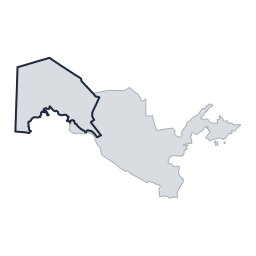 Karakalpakstan on a map of Uzbekistan (orthographic projection)
{"feature_id": "UZB-356", "entity_name": "Karakalpakstan", "entity_type": "Automonous Region", "adm_level": 1, "iso_a3": "UZB", "parent_name": "Uzbekistan", "parent_adm1": "", "projection": "orthographic", "projection_center": [58.854, 43.272], "detail": "fine", "context": "in_parent", "style": "outline", "palette": "slate", "viewbox_px": 256, "rotation_deg": 0, "n_neighbors": 0, "source": "natural_earth", "source_scale": "10m", "svg_char_len": 7143}
<svg xmlns="http://www.w3.org/2000/svg" viewBox="0 0 256 256"><path d="M206.1,106.4L209.9,103.8L212.3,104.9L212.7,105.6L210.4,107.4L208.3,108.6L207.8,110.5L205.8,111.7L203.9,114.6L200.7,117.8L200.7,118.3L201.1,118.7L202.3,118.9L204.8,120.0L206.9,118.9L207.5,119.0L208.2,119.7L209.2,122.0L210.3,122.5L213.7,123.3L216.1,123.0L217.4,123.3L217.5,123.0L217.2,119.4L218.3,119.9L219.3,119.3L219.5,117.4L219.1,116.3L219.8,115.5L220.3,115.9L220.5,116.9L221.8,117.5L222.9,119.1L223.4,121.1L225.7,121.2L226.5,120.7L227.2,120.8L227.8,123.3L228.2,123.5L230.1,122.7L232.1,123.4L234.3,125.0L236.6,124.8L237.1,125.1L238.6,124.5L240.5,124.7L240.6,125.0L240.4,125.5L236.4,128.6L235.5,130.4L234.6,131.1L231.8,130.6L231.5,131.7L232.2,132.6L231.7,133.8L230.3,133.6L229.9,133.1L228.7,133.6L227.4,135.6L226.8,137.1L225.5,137.8L223.7,139.5L222.7,138.5L221.3,138.9L219.3,138.0L218.3,137.9L210.0,140.7L209.3,140.5L208.1,138.8L205.9,138.0L205.8,137.1L209.7,132.5L210.0,131.2L208.4,130.7L208.5,129.6L205.3,126.8L204.8,126.7L204.4,126.9L203.7,129.4L196.7,134.5L195.5,134.2L193.6,132.9L192.5,132.5L191.3,134.0L191.5,135.5L190.2,136.9L192.0,140.9L191.9,141.4L191.0,141.7L191.9,143.2L191.3,143.4L187.6,143.3L183.5,144.7L183.6,145.4L187.4,144.8L188.0,145.0L188.1,145.5L187.9,145.9L186.0,146.5L185.8,147.2L187.1,148.9L186.7,149.3L185.9,149.1L185.5,150.3L184.2,150.4L183.9,154.1L183.0,155.4L181.6,156.2L172.4,155.6L170.1,156.9L168.7,158.7L168.1,162.7L168.2,163.1L172.2,164.2L173.1,166.5L177.8,166.2L178.7,166.5L179.1,167.0L179.4,167.7L178.4,171.7L179.3,175.0L180.2,176.5L183.3,179.1L183.4,180.8L182.9,182.3L182.2,183.7L181.4,184.3L180.4,186.1L179.6,188.2L177.8,191.0L177.3,192.5L177.4,196.7L177.0,198.1L176.9,197.6L176.1,197.2L174.0,197.3L173.5,196.8L170.9,198.0L169.1,197.8L167.2,196.2L163.9,195.9L159.7,196.7L159.2,192.4L159.1,189.1L160.3,186.4L160.2,186.0L159.4,185.1L156.9,184.7L153.7,182.9L150.9,181.8L149.3,181.5L147.6,182.4L146.0,182.3L138.3,177.7L131.9,174.3L127.4,170.8L125.4,171.3L119.8,168.0L116.1,164.4L104.2,156.6L101.9,154.7L101.3,153.6L100.2,148.5L99.1,146.2L97.6,144.9L96.2,142.5L94.1,136.5L93.4,135.4L89.9,133.0L88.0,132.4L86.6,132.9L85.8,133.9L84.7,134.0L79.7,133.1L74.3,133.7L69.4,130.7L69.1,130.2L69.1,129.3L70.0,127.3L69.8,126.4L69.2,125.4L69.2,124.4L69.6,123.8L70.5,124.0L70.8,123.6L70.7,123.0L69.5,121.8L67.4,120.7L67.8,119.9L67.8,117.9L68.1,116.8L67.9,116.5L66.2,115.0L60.9,115.0L59.7,114.6L58.7,114.0L57.7,111.8L57.1,111.3L53.5,110.4L49.8,106.6L49.1,108.3L48.3,108.7L45.5,108.2L44.1,109.2L47.6,113.1L48.3,114.3L48.3,115.0L47.3,115.1L46.4,113.3L45.8,112.7L42.5,111.7L41.4,112.9L41.1,114.3L39.7,116.9L38.0,117.3L34.1,117.4L32.9,117.9L32.1,118.6L30.5,120.8L28.5,122.5L29.1,129.6L30.4,131.4L29.0,132.9L15.4,131.5L17.5,67.2L36.2,61.7L49.5,58.0L80.2,78.0L80.9,78.8L81.3,80.5L82.2,81.9L93.0,93.4L108.3,90.3L124.1,90.7L129.7,87.5L134.7,92.3L137.7,94.0L142.2,101.2L145.8,98.9L145.9,108.0L145.7,110.8L146.1,116.2L152.4,115.8L154.6,124.4L156.5,129.8L157.9,130.3L169.8,128.3L170.8,128.6L172.4,127.9L173.7,129.5L175.0,130.5L174.6,134.4L176.2,135.8L179.8,137.2L181.8,136.9L182.1,136.2L181.9,135.3L181.3,134.5L181.2,133.3L181.5,132.5L183.1,129.4L186.1,126.1L186.7,125.0L186.7,123.2L187.8,122.0L190.4,120.6L190.7,119.6L193.8,116.9L197.4,115.0L199.0,113.6L200.4,111.2L202.5,108.5L203.5,108.4L204.2,109.0L204.8,109.0L206.1,106.4ZM208.3,127.9L207.7,126.9L207.0,126.5L206.7,126.8L207.9,128.0L208.3,127.9ZM218.0,145.0L215.4,145.3L215.6,143.5L214.6,142.9L214.3,142.0L214.4,141.2L215.0,140.9L215.9,142.0L217.9,142.2L217.4,143.5L218.0,144.7L218.0,145.0ZM225.4,142.0L225.1,143.6L223.9,143.1L224.0,142.7L225.4,142.0Z" fill="#d9dde1" stroke="#a8b0b8" stroke-width="1"/><path d="M55.7,62.1L56.5,62.6L58.6,64.0L60.9,65.6L63.4,67.2L65.9,68.8L68.4,70.4L70.8,72.0L73.1,73.5L75.2,74.9L77.1,76.0L78.6,77.0L79.7,77.7L80.5,78.2L80.8,78.5L81.1,79.0L81.2,79.4L81.3,80.3L81.4,80.7L82.2,81.9L83.7,83.4L84.4,84.2L85.1,84.9L86.0,85.9L86.8,86.7L87.5,87.5L88.3,88.3L89.0,89.1L89.8,89.9L90.5,90.7L91.2,91.5L92.0,92.3L93.0,93.4L93.2,93.5L93.5,93.6L95.0,95.9L95.6,96.4L99.1,97.2L99.3,97.3L99.3,97.5L96.1,104.4L93.0,110.9L92.3,112.6L92.2,116.3L92.2,116.5L93.8,119.3L94.1,119.9L94.0,120.0L93.9,120.1L91.2,121.8L90.9,122.1L90.9,122.3L91.0,122.5L96.9,130.1L100.8,135.1L100.9,135.3L97.9,136.9L97.2,137.2L96.9,137.0L95.1,134.5L92.8,132.1L92.0,131.5L91.4,131.2L90.8,130.9L88.2,130.4L87.5,130.4L87.3,130.5L87.0,130.6L86.8,130.8L86.6,131.1L86.1,132.1L85.9,132.3L85.6,132.3L85.3,132.2L85.2,132.1L84.8,131.5L84.6,131.3L83.9,130.5L83.7,130.4L82.9,130.3L82.6,130.2L82.2,129.8L81.7,129.3L81.5,129.2L81.4,129.1L81.0,129.1L77.9,126.3L77.4,125.8L77.1,125.3L76.8,124.6L76.7,124.3L76.5,124.2L75.9,124.2L75.6,124.1L75.3,124.0L75.2,123.7L74.8,123.1L74.6,122.6L74.3,122.1L74.2,121.8L74.2,121.0L74.1,120.7L73.9,120.5L73.3,120.5L72.6,120.3L72.5,120.2L72.2,120.0L71.9,120.1L71.7,120.3L71.0,120.8L70.7,120.9L70.4,120.9L70.2,121.0L70.1,121.3L70.3,121.6L70.3,121.8L70.1,122.2L70.0,122.4L69.7,121.9L69.3,121.6L67.9,121.1L67.2,121.1L66.9,120.8L66.9,120.6L67.1,120.4L67.3,120.3L68.1,120.0L68.0,119.3L67.8,118.4L67.9,117.6L68.1,117.5L68.3,117.4L68.6,117.2L68.6,116.9L68.4,116.7L68.1,116.5L67.6,116.3L67.1,115.9L66.7,115.3L66.3,114.9L65.7,114.8L65.1,114.9L64.0,114.8L61.3,115.3L60.6,115.2L60.3,115.1L59.8,114.6L59.5,114.5L58.8,114.4L58.4,114.2L58.3,113.9L58.1,112.5L58.0,112.2L57.8,111.9L57.0,111.1L56.7,110.9L56.3,110.9L55.9,111.1L55.6,111.2L55.2,111.2L54.6,111.1L53.7,110.7L52.9,109.9L50.1,106.6L49.8,106.4L49.5,106.8L49.4,108.3L49.1,108.8L48.5,109.0L47.9,108.9L47.2,108.8L45.8,108.2L45.5,108.2L45.3,108.3L44.6,108.7L44.1,108.9L43.9,109.1L43.7,109.3L43.8,109.6L44.1,109.9L45.7,110.6L46.1,111.0L46.5,111.6L46.9,112.4L47.8,114.0L48.3,114.6L48.5,114.8L48.5,115.1L48.3,115.2L47.5,115.3L47.3,115.2L47.1,115.0L47.1,114.7L47.2,114.4L47.2,114.1L47.1,113.5L46.8,113.0L46.4,112.7L45.1,112.1L44.8,112.0L44.6,112.1L44.1,112.3L43.9,112.3L43.7,112.2L43.4,111.7L43.2,111.5L42.9,111.4L42.7,111.4L42.4,111.5L42.1,111.6L42.0,111.8L41.9,112.0L41.5,112.3L41.2,112.5L41.0,113.1L41.3,113.7L41.3,114.0L41.2,114.4L40.7,115.6L40.5,115.8L40.0,116.0L39.9,116.2L40.0,116.5L40.2,116.9L39.9,117.1L39.6,117.1L38.7,117.1L37.8,117.5L37.2,117.6L35.3,117.2L34.1,117.3L32.9,117.8L31.8,118.8L31.0,120.2L30.5,120.9L30.0,121.3L28.7,121.8L28.4,122.3L28.3,123.0L28.6,124.4L28.6,125.1L28.4,125.6L28.4,126.2L28.6,126.8L28.9,127.3L29.0,127.8L29.1,128.3L29.1,128.9L29.1,129.4L29.3,129.9L29.5,130.3L29.8,130.6L30.0,130.8L30.8,131.0L30.8,131.4L30.5,131.6L29.9,131.9L29.6,132.2L29.2,132.9L28.9,133.1L27.3,132.7L26.1,132.4L23.1,132.2L22.7,132.1L19.9,131.9L17.5,131.7L15.4,131.5L15.5,127.5L15.6,123.5L15.8,119.5L15.9,115.4L16.0,111.4L16.2,107.4L16.3,103.4L16.4,99.4L16.6,95.4L16.7,91.3L16.9,87.3L17.0,83.3L17.1,79.3L17.3,75.3L17.4,71.3L17.5,67.2L18.8,66.8L19.9,66.5L21.1,66.2L22.3,65.8L23.4,65.5L24.6,65.2L25.8,64.8L26.7,64.6L26.9,64.5L28.1,64.1L29.3,63.8L30.4,63.4L31.6,63.1L32.8,62.7L33.9,62.4L35.1,62.0L36.3,61.7L37.8,61.2L39.3,60.8L40.9,60.3L42.4,59.9L43.1,59.7L43.9,59.5L44.6,59.3L45.3,59.1L46.0,58.9L46.8,58.6L47.5,58.4L48.2,58.2L49.2,57.9L49.5,58.0L49.9,58.1L50.8,58.8L51.1,58.9L51.8,59.5L53.0,60.3L54.6,61.3L55.7,62.1Z" fill="none" stroke="#1e293b" stroke-width="2"/></svg>